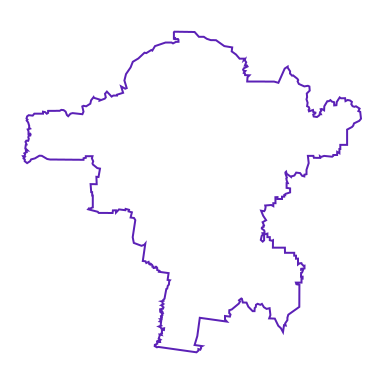 the district of Mitchell, Victoria, Australia
{"feature_id": "25037944B63787272509894", "entity_name": "Mitchell", "entity_type": "district", "adm_level": 2, "iso_a3": "AUS", "parent_name": "Australia", "parent_adm1": "Victoria", "projection": "mercator", "projection_center": [145.144, -37.175], "detail": "fine", "context": "isolated", "style": "outline", "palette": "violet", "viewbox_px": 384, "rotation_deg": 0, "n_neighbors": 0, "source": "geoboundaries", "source_scale": "gbopen_adm2", "svg_char_len": 5937}
<svg xmlns="http://www.w3.org/2000/svg" viewBox="0 0 384 384"><path d="M28.3,137.3L28.8,138.8L28.2,140.8L26.3,140.7L25.5,141.9L26.6,144.6L25.8,144.9L25.3,148.3L27.6,150.5L26.0,150.4L26.4,151.5L25.9,151.3L25.9,152.5L24.4,153.3L25.1,154.1L24.6,156.1L23.0,156.2L23.8,157.5L24.4,157.4L23.6,158.5L24.8,159.5L24.7,161.2L27.1,163.1L30.1,161.2L31.1,159.4L34.9,158.4L39.4,155.7L41.8,155.8L47.2,159.0L50.0,159.5L83.5,159.8L83.6,158.2L85.8,157.8L85.8,156.2L92.5,156.2L91.9,158.4L93.2,161.3L92.5,163.4L92.9,164.5L97.3,168.1L100.0,168.6L98.5,177.0L96.4,176.8L96.7,184.2L90.6,184.1L91.2,192.1L92.1,192.1L92.2,195.5L92.8,195.5L92.8,207.4L91.1,208.0L90.4,209.1L89.3,209.3L88.9,208.5L88.2,209.3L97.8,211.8L98.6,212.9L112.6,213.0L112.9,210.4L115.9,210.3L116.0,212.6L119.0,209.4L125.3,210.2L125.6,208.9L129.0,209.8L128.6,211.4L131.9,212.3L130.6,217.5L134.0,218.0L135.3,220.1L132.7,237.2L133.8,242.9L141.5,245.8L144.3,244.8L145.3,243.6L142.8,261.0L145.5,261.3L146.3,263.0L148.6,261.9L149.3,264.2L150.3,264.6L150.8,263.8L152.2,265.0L152.4,266.6L153.0,266.5L153.6,268.0L155.7,267.7L155.6,266.8L156.3,266.8L157.2,268.0L157.2,270.0L159.4,270.8L159.0,271.8L168.6,273.1L167.6,279.9L169.9,280.3L169.2,281.2L168.9,284.6L167.8,285.8L167.2,288.6L166.3,289.0L164.5,298.7L163.2,300.0L163.5,300.8L161.4,301.3L162.5,301.7L162.6,303.6L163.3,304.0L161.4,305.2L162.5,305.5L162.4,306.5L163.5,307.3L163.0,308.7L160.1,309.3L160.2,311.0L161.7,310.8L162.5,312.0L161.2,312.5L162.5,313.4L161.9,313.7L162.5,314.9L160.9,316.1L161.0,317.0L161.9,316.9L161.9,317.8L161.5,318.9L160.3,319.1L161.4,319.9L159.8,321.4L161.1,321.7L160.7,325.1L161.2,325.6L158.8,326.5L160.6,327.3L161.5,328.8L164.1,328.3L163.9,330.0L163.1,329.8L161.9,330.7L162.0,333.3L160.7,333.2L161.4,333.6L160.8,334.0L161.4,334.9L159.5,334.5L159.7,335.7L158.7,338.6L160.4,339.7L158.7,340.5L159.9,340.9L160.1,342.0L157.1,341.9L157.3,343.7L155.6,344.5L155.7,345.7L154.8,345.3L154.7,346.1L156.9,347.3L158.2,346.9L196.5,352.3L198.4,350.6L198.4,349.1L200.3,349.7L201.1,348.1L200.9,346.8L202.2,346.1L194.6,345.0L197.3,336.1L199.8,317.8L226.9,321.6L225.0,319.5L225.0,316.0L229.9,316.6L230.5,314.5L229.2,313.1L229.3,310.2L231.7,309.5L238.8,303.6L240.0,301.6L239.0,300.3L241.3,298.5L241.9,298.8L242.8,302.5L246.5,302.6L248.3,306.7L252.6,311.1L254.5,311.1L254.7,308.1L255.8,307.0L256.0,304.8L257.6,303.8L260.3,304.8L261.9,303.9L263.9,307.2L266.6,308.9L269.6,308.2L270.4,315.1L269.2,318.4L274.8,318.6L278.3,325.8L280.9,328.2L283.0,332.1L284.0,325.2L285.7,325.5L285.1,323.5L287.4,320.1L287.4,317.7L288.3,314.7L299.3,306.9L299.4,284.8L296.4,284.2L295.9,282.6L301.5,282.6L301.5,278.7L302.6,278.7L302.6,276.7L301.0,276.7L301.1,272.8L302.1,272.5L303.3,269.3L301.1,269.7L301.2,268.8L304.5,268.4L304.5,265.7L303.6,265.9L301.1,263.3L302.2,263.3L301.2,263.1L299.5,263.4L298.0,264.5L298.0,258.6L296.0,258.7L296.0,255.7L294.2,255.7L294.2,252.8L285.0,252.8L284.9,247.7L272.9,247.7L273.0,240.2L271.9,240.7L269.8,240.2L269.8,237.1L267.4,237.1L267.4,233.6L264.1,234.5L264.1,240.3L262.7,241.6L260.8,239.9L261.7,235.9L262.8,234.7L262.5,233.2L263.6,233.3L264.6,232.1L264.2,230.4L261.8,228.6L261.9,227.6L263.7,226.7L263.4,225.8L264.0,225.4L262.6,222.2L266.1,220.2L263.2,215.8L261.1,210.7L264.2,211.2L265.1,209.8L265.6,207.1L265.2,205.5L271.3,205.0L273.3,206.1L273.3,203.2L275.5,203.2L275.4,197.2L277.5,197.1L277.5,199.0L282.0,199.0L282.0,196.7L284.2,196.7L284.2,195.2L285.1,195.2L284.9,194.5L285.8,193.8L290.1,192.4L290.1,188.4L286.6,187.9L286.6,183.1L287.8,183.1L286.8,181.0L286.3,178.4L286.9,177.7L285.5,173.8L285.4,172.4L286.1,171.7L286.6,173.7L290.9,176.8L290.9,175.6L291.3,176.5L294.4,175.5L296.2,172.6L300.1,173.1L302.1,175.8L304.3,176.4L304.4,174.7L306.5,174.2L306.5,169.8L308.7,163.1L307.9,155.9L313.4,155.9L313.9,157.8L320.2,157.9L320.0,156.3L320.9,157.0L324.1,155.9L332.1,156.7L333.2,155.9L333.3,155.0L337.1,155.0L337.2,151.9L339.4,153.2L339.4,149.0L340.3,149.0L340.3,144.9L347.1,144.9L347.1,129.6L352.0,127.0L353.2,125.7L354.0,123.4L359.3,120.8L361.0,118.7L360.2,111.8L358.4,111.1L359.6,108.6L356.0,106.3L354.3,106.8L352.6,106.2L351.3,104.2L351.9,101.9L350.1,100.5L347.7,100.0L345.5,101.1L345.1,98.2L341.0,98.3L339.7,97.4L336.8,101.9L336.4,105.2L334.2,105.4L334.1,102.2L331.7,101.5L330.4,100.1L328.8,101.2L327.3,101.2L324.3,106.3L324.1,110.3L321.8,109.0L320.7,109.2L321.2,110.8L320.0,112.3L320.9,114.2L319.6,114.2L319.3,115.3L317.0,117.0L313.7,116.5L313.2,114.5L315.3,113.4L315.4,112.6L313.3,112.0L313.0,110.0L309.0,111.3L308.6,109.9L309.4,108.8L308.8,107.1L307.1,106.2L307.6,102.7L306.5,99.3L307.1,97.1L306.8,93.5L309.7,90.6L309.4,86.5L307.9,85.8L304.3,86.4L298.8,83.9L297.6,81.3L298.2,80.1L297.4,78.8L293.1,75.4L292.1,75.7L290.0,73.5L290.1,71.3L287.8,67.8L287.7,66.6L284.7,68.6L278.4,82.8L274.1,81.6L247.2,81.5L247.5,77.3L249.4,75.3L245.1,75.1L244.9,73.6L243.8,73.0L245.4,71.0L243.7,70.8L243.1,69.7L243.8,68.3L247.5,66.5L246.8,65.4L244.9,65.5L246.2,62.3L244.8,60.2L245.1,59.1L243.8,60.2L244.3,58.7L239.6,58.7L236.0,54.5L231.7,51.4L232.2,47.4L224.3,46.1L216.0,40.2L210.7,40.1L206.8,38.8L203.8,36.8L198.9,36.8L194.6,32.0L174.4,31.7L173.9,32.3L173.9,38.4L174.7,38.2L174.4,39.0L175.2,39.2L177.9,39.0L178.4,39.6L178.5,41.8L175.9,41.9L173.0,43.4L171.5,42.5L165.6,42.5L155.0,46.1L152.3,50.6L151.3,50.0L146.3,53.1L144.5,52.7L138.3,58.5L132.8,61.8L130.6,67.4L126.0,74.1L124.4,80.5L126.7,88.1L125.2,88.7L121.1,86.4L123.1,92.8L117.0,94.7L117.0,95.5L113.4,95.5L111.6,96.6L106.9,91.6L105.0,93.8L105.8,97.4L104.7,98.7L99.6,100.6L99.8,99.6L93.9,97.8L93.6,97.1L91.1,100.3L90.3,103.7L86.2,106.3L83.5,105.8L82.3,106.4L83.5,111.7L82.4,114.2L72.6,113.1L70.5,113.7L68.2,116.2L66.9,115.0L65.6,111.6L63.6,110.1L61.3,109.9L59.7,110.8L48.1,110.9L48.1,112.9L46.8,113.7L45.1,112.1L43.0,111.7L43.0,113.7L34.3,113.7L32.7,115.6L28.7,115.2L27.1,116.4L26.5,118.6L27.5,119.6L26.7,120.6L28.1,122.3L29.2,125.8L29.1,127.6L30.1,128.6L27.7,129.4L28.5,131.2L28.5,133.9L30.1,133.6L30.6,134.3L30.3,135.5L28.7,135.7L28.3,137.3Z" fill="none" stroke="#5b21b6" stroke-width="2"/></svg>